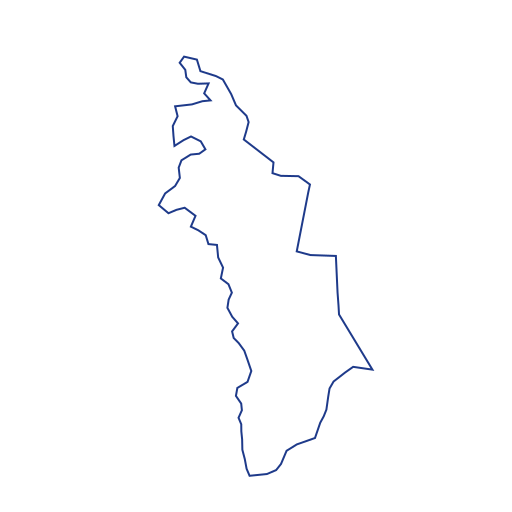 outline of Nova Santa Bárbara, Paraná, Brazil, rotated 73°
{"feature_id": "56859067B73419127296290", "entity_name": "Nova Santa Bárbara", "entity_type": "district", "adm_level": 2, "iso_a3": "BRA", "parent_name": "Brazil", "parent_adm1": "Paraná", "projection": "robinson", "projection_center": [-50.754, -23.594], "detail": "fine", "context": "isolated", "style": "outline", "palette": "blue", "viewbox_px": 512, "rotation_deg": 73, "n_neighbors": 0, "source": "geoboundaries", "source_scale": "gbopen_adm2", "svg_char_len": 1395}
<svg xmlns="http://www.w3.org/2000/svg" viewBox="0 0 512 512"><g transform="rotate(73 256 256)"><path d="M464.3,326.4L467.7,309.3L466.6,299.3L462.2,292.9L451.2,283.7L448.1,272.0L447.3,252.8L434.2,243.3L429.1,238.1L423.5,233.6L411.5,228.0L404.2,224.4L398.7,218.5L393.5,204.9L390.4,195.5L393.9,188.1L398.7,177.9L336.2,193.7L327.6,191.6L314.8,188.7L279.3,179.6L271.0,203.7L263.5,215.7L210.2,187.3L203.4,183.5L192.1,192.0L186.6,208.8L181.6,216.0L171.6,211.9L141.0,233.6L134.4,229.2L125.8,223.9L119.2,224.1L106.1,231.1L93.9,232.4L77.5,236.1L72.3,241.6L63.0,255.1L50.9,255.1L44.3,266.5L48.9,272.5L57.3,269.2L64.7,270.4L70.9,267.6L74.3,261.2L77.1,250.9L85.3,258.0L93.9,254.0L92.3,262.0L92.3,272.9L89.2,289.6L99.4,290.1L107.4,297.6L117.0,299.8L126.9,301.8L124.0,291.3L122.7,283.2L130.2,275.3L139.2,273.2L141.6,280.4L139.9,288.8L142.7,299.3L148.9,304.1L159.1,306.0L165.4,312.9L169.6,324.6L178.9,334.1L189.5,327.2L188.6,318.5L189.0,310.1L199.9,302.1L208.9,309.7L214.5,303.7L221.4,298.0L230.7,298.0L234.0,290.1L246.3,292.6L257.5,290.9L267.2,296.2L274.9,290.6L284.0,289.8L289.7,294.9L297.2,298.5L307.2,296.5L315.2,292.9L321.1,300.9L327.9,301.3L334.2,298.0L343.1,294.9L352.2,294.5L364.6,294.1L373.9,300.9L376.7,312.4L383.9,316.1L392.8,313.3L399.4,314.6L405.6,320.0L412.6,319.3L419.4,321.3L427.4,322.9L437.3,325.7L447.0,326.1L456.7,327.2L464.3,326.4Z" fill="none" stroke="#1e3a8a" stroke-width="2"/></g></svg>